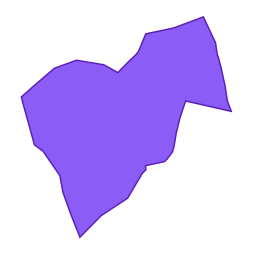 the district of Airag, Dornogovi, Mongolia, rotated 176°
{"feature_id": "93677404B77823966409702", "entity_name": "Airag", "entity_type": "district", "adm_level": 2, "iso_a3": "MNG", "parent_name": "Mongolia", "parent_adm1": "Dornogovi", "projection": "orthographic", "projection_center": [109.177, 45.635], "detail": "fine", "context": "isolated", "style": "filled", "palette": "violet", "viewbox_px": 256, "rotation_deg": 176, "n_neighbors": 0, "source": "geoboundaries", "source_scale": "gbopen_adm2", "svg_char_len": 668}
<svg xmlns="http://www.w3.org/2000/svg" viewBox="0 0 256 256"><g transform="rotate(176 128 128)"><path d="M222.5,117.7L214.2,110.6L199.3,85.2L197.4,68.4L191.3,46.7L183.6,22.4L160.8,42.5L133.3,58.0L117.0,81.6L113.0,85.2L113.2,89.2L94.1,91.9L91.3,94.1L85.3,101.1L83.3,106.7L80.3,119.4L75.2,135.1L68.7,150.9L23.8,137.4L27.0,148.1L28.4,164.8L29.1,168.8L29.5,171.9L29.8,173.8L30.4,177.5L30.7,180.3L32.7,191.0L33.8,195.4L34.8,207.1L45.1,233.6L75.9,224.5L103.7,220.7L111.9,204.2L114.8,200.7L122.0,194.9L129.6,188.2L134.2,184.0L147.6,192.7L174.7,199.2L197.3,192.7L220.3,175.6L232.2,166.4L231.4,161.6L222.5,117.7Z" fill="#8b5cf6" stroke="#5b21b6" stroke-width="1.5"/></g></svg>